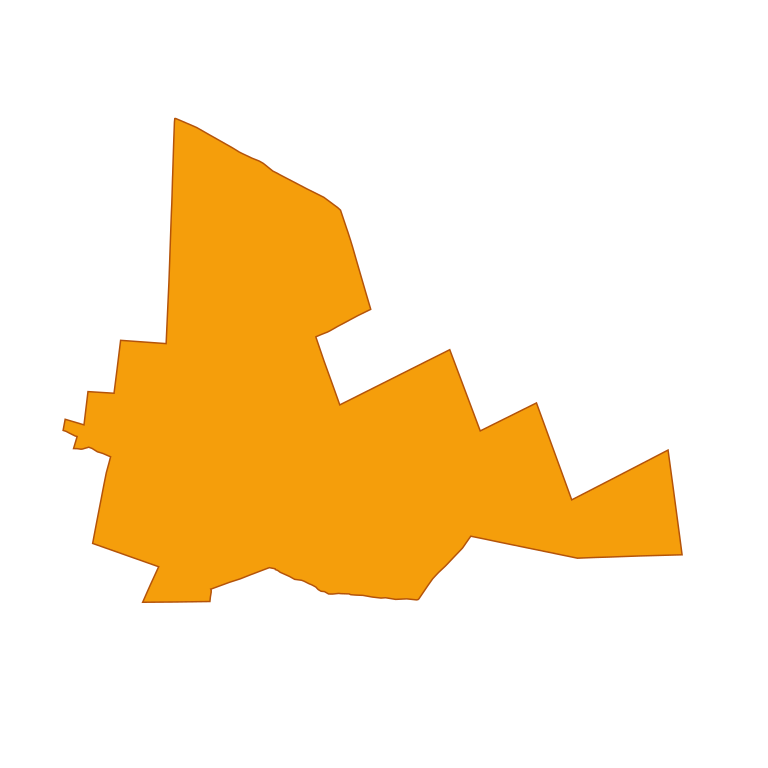 Valea Marului, Galati, Romania, rotated 96°
{"feature_id": "2599482B22058723749755", "entity_name": "Valea Marului", "entity_type": "district", "adm_level": 2, "iso_a3": "ROU", "parent_name": "Romania", "parent_adm1": "Galati", "projection": "robinson", "projection_center": [27.684, 45.875], "detail": "fine", "context": "isolated", "style": "filled", "palette": "amber", "viewbox_px": 768, "rotation_deg": 96, "n_neighbors": 0, "source": "geoboundaries", "source_scale": "gbopen_adm2", "svg_char_len": 2541}
<svg xmlns="http://www.w3.org/2000/svg" viewBox="0 0 768 768"><g transform="rotate(96 384 384)"><path d="M579.9,472.7L580.2,471.5L580.5,470.3L581.3,468.9L582.1,467.6L583.7,462.7L585.3,457.8L587.6,452.5L587.8,445.8L587.9,445.1L588.4,443.2L589.0,441.5L589.6,440.0L590.6,437.3L591.1,435.4L591.7,433.8L593.1,430.5L594.8,428.6L595.4,427.8L595.8,426.9L596.7,424.9L596.7,421.5L598.6,417.2L598.5,415.4L598.2,412.8L597.0,407.2L597.0,404.8L596.4,396.8L597.0,395.1L596.9,390.7L596.7,387.3L596.4,383.0L597.1,373.6L597.2,364.6L596.4,360.1L597.0,350.0L596.6,347.4L595.3,338.9L595.3,329.5L595.3,329.1L594.9,327.7L594.1,326.9L579.9,319.3L572.6,315.2L569.1,312.6L565.7,310.0L558.5,303.8L548.6,296.2L539.0,288.8L538.3,288.4L535.6,286.9L534.8,286.5L526.3,281.8L527.8,266.4L529.2,252.9L537.0,173.4L534.9,159.0L534.2,154.1L532.6,142.2L530.9,130.3L528.2,111.1L523.5,75.8L522.7,69.7L504.7,74.0L456.4,85.7L420.0,94.6L435.3,117.8L457.9,152.1L479.6,185.2L386.9,230.4L394.5,242.4L420.6,283.4L366.2,310.6L343.0,322.2L356.6,343.5L383.5,385.4L409.4,425.8L392.3,434.0L367.3,446.1L344.8,456.5L344.2,456.7L341.3,451.5L338.7,446.5L338.3,445.7L336.6,443.1L331.7,436.3L318.7,417.1L311.1,405.0L295.4,411.5L262.1,425.1L251.2,429.5L247.9,430.9L245.8,431.8L245.0,432.1L243.9,432.6L242.8,433.1L236.9,435.7L233.9,437.1L215.7,445.4L213.6,448.2L204.6,463.4L197.9,481.3L189.0,503.8L186.5,510.1L186.1,510.9L183.8,516.9L177.2,527.1L175.3,531.4L173.2,538.9L169.5,549.4L168.4,552.3L165.2,558.9L158.0,575.4L155.1,582.1L154.3,584.0L148.5,597.1L143.0,614.7L141.7,619.0L141.9,619.8L145.4,619.8L167.2,618.3L198.5,616.0L200.4,615.9L218.7,614.5L220.1,614.4L226.8,613.9L235.2,613.4L245.4,612.7L286.9,609.8L305.9,608.5L366.6,604.9L367.1,620.1L368.1,650.5L396.3,651.0L419.9,651.5L421.4,651.5L422.5,677.6L456.0,678.1L452.4,697.4L463.7,698.3L464.3,695.3L465.8,691.6L468.0,685.7L468.3,683.7L480.7,686.0L480.5,683.9L480.4,682.8L480.4,681.6L480.5,679.2L480.5,678.5L480.2,677.1L480.1,676.8L479.1,674.5L478.3,672.4L477.7,671.1L478.6,667.6L481.4,661.9L481.8,659.6L482.5,656.2L484.4,650.2L484.9,648.3L490.9,649.2L501.2,650.9L514.1,652.1L527.1,653.2L552.3,655.4L573.0,657.1L589.3,589.0L608.0,595.3L614.4,597.4L626.3,601.2L626.0,598.7L624.3,583.7L622.6,568.6L621.2,557.0L620.6,551.8L619.9,546.1L619.0,538.4L618.5,534.4L614.0,534.4L609.1,534.1L607.1,534.3L606.1,534.9L605.8,534.1L597.4,517.0L597.3,516.8L593.6,508.4L592.8,506.6L592.7,506.4L587.0,495.5L586.9,495.2L580.9,483.4L580.8,483.2L578.6,478.8L578.8,476.9L579.0,474.7L579.1,473.0L579.9,472.7Z" fill="#f59e0b" stroke="#b45309" stroke-width="1.5"/></g></svg>